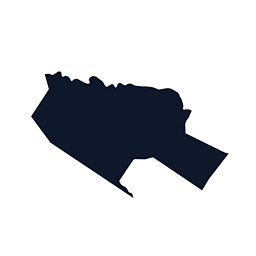 Morne Gomier, Laborie, Saint Lucia (Natural Earth projection), rotated 302°
{"feature_id": "8701671B16290064127769", "entity_name": "Morne Gomier", "entity_type": "district", "adm_level": 2, "iso_a3": "LCA", "parent_name": "Saint Lucia", "parent_adm1": "Laborie", "projection": "natural_earth1", "projection_center": [-60.992, 13.765], "detail": "fine", "context": "isolated", "style": "filled", "palette": "ink", "viewbox_px": 256, "rotation_deg": 302, "n_neighbors": 0, "source": "geoboundaries", "source_scale": "gbopen_adm2", "svg_char_len": 4154}
<svg xmlns="http://www.w3.org/2000/svg" viewBox="0 0 256 256"><g transform="rotate(302 128 128)"><path d="M115.2,223.1L127.7,222.9L158.6,226.0L157.6,222.7L153.2,179.1L153.4,179.1L154.0,178.6L154.7,178.2L156.5,177.0L158.6,175.6L159.4,175.0L160.5,174.1L160.8,174.0L161.2,173.8L162.3,173.4L163.0,173.2L163.9,173.1L164.5,173.0L165.3,172.9L166.4,172.9L167.2,173.0L167.5,173.1L168.0,173.1L168.5,173.2L168.9,173.2L169.4,173.2L169.9,173.2L170.9,172.9L171.4,172.8L172.2,172.7L172.7,172.6L173.1,172.6L173.9,172.5L174.7,172.4L175.2,172.3L175.6,172.3L175.5,171.8L175.6,171.4L175.5,170.5L175.4,170.0L175.1,169.5L174.5,168.6L173.6,167.4L172.8,166.6L172.5,166.1L172.3,165.6L172.3,165.0L172.4,164.5L172.5,164.2L172.9,163.7L173.5,163.2L174.2,163.0L174.6,163.1L175.1,162.9L175.7,162.5L176.1,162.2L176.6,161.7L177.3,161.1L178.1,160.1L179.0,159.1L180.1,157.7L180.8,156.7L181.0,156.3L181.2,155.3L181.5,154.7L181.9,154.2L182.6,153.7L182.8,153.4L183.2,152.7L183.5,152.1L183.6,151.6L183.7,151.1L183.7,150.8L183.7,150.3L183.6,149.7L183.6,148.8L183.6,147.8L183.6,147.1L183.6,146.6L183.6,146.2L183.5,145.5L183.5,145.1L183.4,144.8L183.4,144.4L183.3,143.9L183.2,143.2L183.0,142.8L182.9,142.4L182.7,142.1L182.5,141.5L182.3,141.2L182.1,140.8L181.9,140.6L181.6,140.2L181.4,139.9L181.0,139.4L180.7,139.2L180.4,138.8L180.0,138.3L179.7,138.0L179.3,137.6L177.8,135.9L176.8,134.8L176.4,134.3L176.2,134.0L176.0,133.5L175.9,132.9L175.8,132.4L175.8,131.9L175.7,131.2L175.6,130.8L175.5,130.2L175.5,129.8L175.4,129.5L175.3,129.1L175.2,128.6L175.1,128.2L175.0,127.9L174.9,127.7L174.8,127.4L174.7,126.9L174.5,126.6L174.1,125.7L173.7,125.0L173.7,124.9L173.5,124.5L173.4,124.2L173.0,123.5L172.9,123.1L172.7,122.7L172.4,122.1L172.2,121.8L172.0,121.3L171.8,121.0L171.5,120.7L171.2,120.2L170.8,119.5L170.6,119.1L170.5,118.9L170.3,118.6L170.1,118.2L170.0,117.9L169.7,117.4L169.4,116.9L169.2,116.5L169.0,116.0L168.7,115.5L168.5,115.0L168.1,114.1L167.7,113.3L167.3,112.6L167.0,111.9L166.9,111.4L166.8,111.0L166.8,110.6L166.7,110.3L166.7,109.8L166.6,109.3L166.6,108.9L166.6,108.4L166.5,107.9L166.4,107.6L166.3,107.3L166.3,107.1L166.2,106.8L166.0,106.5L165.8,106.3L165.7,106.0L165.5,105.8L165.2,105.4L164.9,105.2L164.4,104.9L163.6,104.6L163.4,104.5L162.9,104.2L162.5,104.0L162.1,103.5L161.9,103.2L161.7,102.6L161.7,102.3L161.6,102.1L161.5,101.3L161.5,101.0L161.4,100.6L161.5,100.2L161.5,99.7L161.5,99.0L161.5,98.5L161.5,98.2L161.3,97.8L161.2,97.5L160.9,97.3L160.6,97.1L160.3,97.0L160.1,96.9L159.7,96.8L159.3,96.8L159.0,97.0L158.6,97.1L158.2,97.3L157.9,97.4L157.5,97.4L157.2,97.4L156.9,97.3L156.6,97.2L156.1,97.1L155.8,97.0L155.5,96.9L155.2,96.8L155.0,96.7L154.8,96.3L154.8,96.0L154.8,95.7L154.9,95.4L155.1,95.2L155.2,94.9L155.4,94.5L155.6,94.1L155.8,93.7L156.0,93.1L156.2,92.7L156.4,92.3L156.3,92.0L156.2,91.8L156.1,91.7L155.7,91.3L150.7,88.5L150.8,87.6L150.9,86.4L151.3,85.4L151.9,84.1L152.3,83.6L152.7,82.7L153.1,82.0L153.2,81.2L153.4,80.0L153.4,79.5L153.5,77.9L153.7,76.1L153.9,74.2L153.8,73.9L153.7,73.4L153.4,72.5L153.1,71.7L152.8,71.1L151.9,70.5L151.1,69.9L150.6,69.8L150.0,69.6L149.3,69.8L148.8,69.8L148.6,69.8L148.3,70.2L147.7,71.0L147.5,71.4L146.8,72.3L146.3,72.3L145.7,72.3L144.9,72.3L144.2,71.7L143.7,71.1L143.0,69.4L142.8,68.0L142.6,66.7L142.5,64.9L142.3,63.0L142.3,61.1L142.3,60.7L141.8,58.6L141.1,57.9L140.6,57.5L140.2,57.1L139.0,56.7L137.5,56.4L137.3,56.3L137.2,56.1L137.0,55.2L137.2,54.4L137.7,53.4L138.4,52.2L139.0,51.1L139.2,50.1L139.0,49.2L138.6,48.4L138.3,47.7L137.3,46.8L136.9,46.6L136.2,46.0L135.9,45.3L135.9,45.0L136.2,44.2L136.6,43.6L137.4,43.0L138.0,42.6L139.0,41.7L139.2,40.6L138.1,39.3L136.8,38.8L134.0,37.5L132.6,36.7L131.9,35.8L131.9,34.8L131.4,32.4L130.8,31.6L130.0,30.6L129.5,30.0L129.4,30.0L119.4,41.1L86.9,40.5L75.2,70.3L73.8,118.8L72.3,167.8L72.5,167.6L73.1,166.9L73.6,166.1L73.8,165.8L73.9,165.5L73.5,164.7L73.3,163.9L73.4,162.8L73.4,162.2L73.6,161.7L74.1,161.0L74.4,160.4L74.8,159.9L75.0,159.3L75.1,159.0L75.3,158.6L75.4,158.0L75.6,157.5L75.7,156.8L75.6,155.7L75.4,155.2L75.5,154.3L75.6,152.9L75.8,151.8L76.3,150.4L76.8,149.5L77.5,148.6L78.1,147.8L104.3,148.7L106.0,150.0L111.0,158.5L117.2,164.4L115.2,223.1Z" fill="#0f172a" stroke="#020617" stroke-width="1.5"/></g></svg>